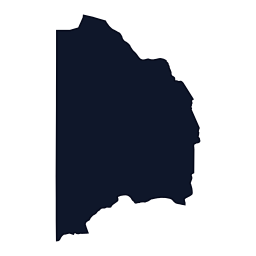 the district of Mojuí dos Campos, Pará, Brazil
{"feature_id": "56859067B52819076626777", "entity_name": "Mojuí dos Campos", "entity_type": "district", "adm_level": 2, "iso_a3": "BRA", "parent_name": "Brazil", "parent_adm1": "Pará", "projection": "orthographic", "projection_center": [-54.48, -3.076], "detail": "fine", "context": "isolated", "style": "filled", "palette": "ink", "viewbox_px": 256, "rotation_deg": 0, "n_neighbors": 0, "source": "geoboundaries", "source_scale": "gbopen_adm2", "svg_char_len": 3906}
<svg xmlns="http://www.w3.org/2000/svg" viewBox="0 0 256 256"><path d="M56.7,240.6L58.2,240.4L59.0,239.9L59.5,239.3L60.5,237.3L61.6,235.7L63.3,234.2L63.9,233.9L65.0,233.9L65.9,233.7L67.0,233.4L68.0,233.2L69.1,232.8L69.8,233.0L71.1,233.3L72.3,233.8L73.4,234.1L73.9,232.7L75.0,232.4L76.0,232.7L76.7,233.3L78.3,233.5L79.3,233.3L80.4,233.0L81.5,233.1L82.6,233.1L85.2,233.0L86.2,233.0L87.9,232.8L87.3,231.4L87.1,230.7L86.0,227.7L85.0,224.5L85.0,223.6L86.1,221.5L87.3,220.8L87.8,220.4L88.9,219.9L89.6,218.8L90.1,217.7L91.1,216.6L92.3,215.3L92.9,214.8L94.3,214.1L95.6,213.2L96.1,212.7L97.1,211.3L97.8,210.7L99.3,209.8L100.0,208.9L100.5,208.5L101.5,207.9L103.0,207.7L104.2,207.8L105.0,207.6L105.9,207.1L106.9,206.8L109.1,207.0L110.6,206.8L111.5,205.3L112.4,204.4L113.0,203.9L114.6,202.8L115.5,202.1L116.9,201.2L117.6,200.3L117.7,199.0L117.3,197.7L117.3,196.7L117.8,196.2L118.7,195.9L120.6,195.1L121.6,195.0L123.3,194.7L124.8,194.6L126.0,194.6L127.1,194.8L127.8,195.0L129.0,195.6L129.8,196.2L130.8,197.1L131.4,197.8L132.0,198.9L132.8,200.1L134.1,201.1L134.7,202.1L135.2,202.7L135.9,202.9L137.7,202.4L138.6,202.3L139.4,202.3L140.7,201.7L141.7,201.7L142.7,201.6L143.6,201.6L145.0,201.8L146.4,201.2L147.2,201.0L148.5,200.4L150.4,199.1L151.0,198.7L152.0,198.6L153.2,198.3L155.1,197.9L156.3,197.7L157.8,197.4L158.8,197.4L160.7,197.1L165.1,197.2L166.0,197.3L167.6,197.6L169.6,198.0L170.7,198.3L171.6,198.7L172.5,199.4L173.0,199.9L174.1,201.2L175.4,202.3L176.2,202.8L177.3,203.1L178.7,203.4L180.0,203.6L181.2,203.9L182.0,204.1L183.3,204.3L184.8,204.6L184.8,203.9L184.8,202.8L184.3,201.2L184.2,200.5L184.1,199.8L184.1,198.9L184.8,198.3L185.6,197.6L186.2,197.3L187.3,196.8L188.1,196.3L189.2,195.8L190.3,195.1L191.0,194.6L191.6,194.2L191.9,193.5L192.0,192.8L191.9,190.9L191.6,188.6L191.1,186.7L190.8,185.6L190.5,184.5L190.1,183.7L190.0,183.0L190.9,180.4L191.2,179.7L191.4,179.0L191.6,178.3L191.6,177.5L191.4,176.6L191.1,175.9L191.0,175.0L191.2,174.3L191.7,173.6L192.7,173.1L193.5,172.7L193.7,148.9L193.5,148.0L193.6,147.3L193.4,146.4L193.4,145.6L193.7,144.6L194.0,143.8L195.1,143.4L195.9,142.9L196.7,142.6L197.7,142.6L198.9,142.1L199.5,141.5L199.6,140.6L199.3,139.7L199.3,139.0L199.0,138.2L198.2,137.6L197.9,136.5L198.2,135.2L198.4,134.2L198.4,133.5L198.6,132.8L198.1,131.8L198.1,130.9L198.3,130.1L198.5,129.3L198.8,128.6L199.0,128.0L190.9,109.5L191.3,108.4L190.9,107.6L190.7,106.6L191.0,105.7L191.3,105.1L191.1,104.3L191.6,103.7L191.8,102.9L191.4,102.0L191.4,100.9L191.6,100.1L192.0,99.5L192.9,99.1L182.9,83.2L182.3,82.5L181.7,82.0L181.1,81.6L180.2,81.5L179.1,81.8L178.1,81.6L176.9,81.1L175.5,81.1L174.6,80.7L174.4,80.0L174.5,79.1L174.3,77.9L173.6,77.2L171.5,75.9L171.0,74.8L170.8,73.8L170.8,72.9L170.8,72.2L170.5,71.6L170.3,70.9L170.0,70.2L169.7,69.4L169.2,68.5L169.0,67.6L168.9,66.6L168.5,65.6L168.0,64.8L167.8,63.5L167.1,62.7L166.5,62.1L165.9,61.6L165.9,60.7L163.6,59.5L162.0,59.1L160.6,58.8L159.2,58.9L158.3,59.1L156.2,59.6L154.9,59.8L153.5,60.1L151.9,60.1L150.5,59.9L149.4,59.6L148.2,59.2L147.1,59.4L145.8,59.8L145.0,60.0L143.7,60.2L142.5,60.2L141.7,60.0L140.4,59.5L139.7,58.9L138.8,58.0L138.2,57.2L137.7,56.6L136.6,55.0L136.1,54.4L135.5,53.6L134.9,53.0L134.0,52.1L132.9,51.1L132.4,50.5L131.9,49.8L131.3,48.9L130.7,48.0L130.0,46.8L129.6,45.8L129.2,45.3L128.7,44.7L128.0,44.0L126.9,43.1L126.1,42.5L125.5,42.2L124.6,41.7L123.7,41.0L123.2,40.3L122.4,39.3L121.9,38.1L121.6,36.8L121.0,35.7L120.4,34.7L120.0,34.1L119.3,33.3L118.6,33.0L117.9,32.6L116.9,32.1L115.8,31.4L115.2,31.1L113.9,30.4L112.6,29.8L111.3,28.9L110.6,28.2L109.7,27.4L108.5,26.1L107.9,25.2L107.1,24.1L106.5,23.3L105.8,22.3L105.4,21.2L98.8,19.3L94.4,18.0L93.2,17.6L92.4,17.4L83.6,15.4L83.5,16.5L83.5,17.3L81.8,21.2L81.2,22.6L80.3,24.5L78.7,28.1L74.1,29.4L70.0,30.6L56.8,30.6L56.8,31.3L56.8,35.2L56.8,57.5L56.8,58.5L56.7,92.2L56.7,93.6L56.7,99.2L56.7,105.6L56.4,176.5L56.5,199.0L56.5,220.9L56.7,240.6Z" fill="#0f172a" stroke="#020617" stroke-width="1.5"/></svg>